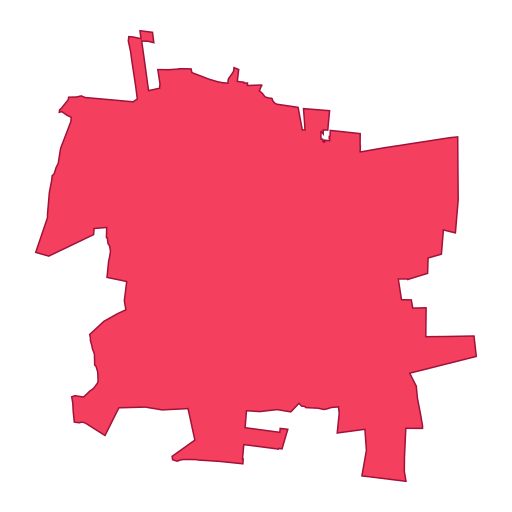 outline of Cansahcab, Yucatán, Mexico
{"feature_id": "50627088B59546210151388", "entity_name": "Cansahcab", "entity_type": "district", "adm_level": 2, "iso_a3": "MEX", "parent_name": "Mexico", "parent_adm1": "Yucatán", "projection": "equal_earth", "projection_center": [-89.082, 21.167], "detail": "fine", "context": "isolated", "style": "filled", "palette": "rose", "viewbox_px": 512, "rotation_deg": 0, "n_neighbors": 0, "source": "geoboundaries", "source_scale": "gbopen_adm2", "svg_char_len": 3370}
<svg xmlns="http://www.w3.org/2000/svg" viewBox="0 0 512 512"><path d="M234.0,67.6L233.6,71.2L232.0,73.8L228.8,78.2L228.2,79.6L227.9,83.2L222.1,82.6L217.5,81.7L208.8,79.1L191.9,72.6L191.1,68.9L181.6,68.7L179.1,68.8L179.1,69.0L168.9,69.7L157.8,69.6L159.9,83.3L160.0,84.8L159.7,85.6L159.7,88.2L148.6,90.6L147.4,82.4L145.6,68.9L141.7,41.1L147.5,41.2L149.9,41.7L153.8,42.7L153.1,37.1L152.5,32.3L140.0,30.7L140.1,31.7L140.4,34.1L141.0,38.7L133.3,37.0L128.8,36.6L128.3,41.0L129.3,45.5L130.7,52.2L131.4,57.9L135.7,86.4L137.3,99.0L133.1,101.8L120.0,100.6L104.2,99.2L85.1,97.5L81.3,95.9L76.4,97.0L68.6,97.2L68.2,99.8L67.1,101.1L61.2,108.5L59.6,109.8L59.3,112.3L61.9,111.7L66.9,115.2L71.2,117.3L70.9,121.5L68.9,126.7L60.6,148.3L58.2,163.4L56.2,167.3L54.0,174.1L52.2,175.6L51.7,180.3L49.4,192.0L47.5,214.1L47.5,217.6L35.7,252.4L48.8,256.1L93.6,234.6L94.1,228.5L106.7,227.5L106.4,237.6L107.4,238.0L107.5,239.8L108.1,243.8L109.5,245.8L110.5,251.2L109.3,258.6L109.0,259.2L108.6,261.5L107.8,269.3L107.0,277.4L125.3,281.2L126.7,281.6L124.3,300.8L125.9,309.8L117.7,313.6L117.0,314.0L115.0,315.1L103.9,321.3L89.7,334.5L90.4,338.1L90.4,340.5L90.8,342.0L91.4,344.1L91.8,345.4L92.1,346.9L92.4,348.7L94.1,353.1L94.4,354.1L94.7,365.2L96.0,366.3L97.7,372.0L98.1,380.9L97.5,383.1L93.6,388.4L90.1,390.8L83.6,397.0L74.8,395.7L71.7,396.8L72.8,403.4L73.2,411.4L74.3,422.1L79.4,422.8L81.8,422.1L85.1,422.9L105.0,435.5L118.9,407.8L145.3,407.1L162.1,409.9L188.0,408.6L190.5,419.8L192.4,428.8L194.9,440.1L192.0,442.1L186.6,446.0L181.4,449.7L178.9,451.5L172.1,456.3L172.6,459.7L176.7,461.1L177.9,461.0L180.7,459.8L180.9,459.9L183.6,459.5L189.4,459.5L195.6,459.6L199.3,460.1L212.0,460.9L218.0,461.3L219.8,461.4L242.9,463.8L243.2,459.0L242.5,459.0L243.8,444.6L269.4,447.9L278.4,449.1L278.5,448.4L282.0,448.9L287.8,429.3L280.2,428.4L279.8,432.3L276.6,431.9L245.1,427.7L246.5,410.7L259.7,411.6L277.1,409.6L290.8,411.9L299.0,403.3L301.7,406.2L304.5,406.3L305.8,407.6L317.9,408.2L324.0,409.5L327.0,408.9L331.3,407.5L338.5,406.9L339.2,413.5L337.2,433.0L364.9,429.3L366.4,450.4L361.9,475.9L406.0,481.3L404.3,471.1L404.5,456.6L405.8,428.3L422.5,428.4L422.6,426.3L420.7,415.1L417.4,398.0L416.3,386.2L409.7,373.2L476.3,356.4L474.0,336.0L446.2,336.5L425.8,336.7L426.1,307.8L412.7,308.1L412.6,307.3L411.3,299.9L401.5,299.7L401.4,299.0L398.3,279.0L407.7,279.0L407.8,279.5L427.6,273.3L428.1,258.0L441.4,254.2L443.4,229.9L448.4,231.2L455.4,232.9L458.2,199.8L458.0,178.4L457.7,136.9L450.5,137.6L443.8,138.6L425.9,141.4L410.1,143.8L406.4,144.4L403.2,144.9L398.0,145.7L393.2,146.4L390.2,146.9L384.0,147.8L360.5,151.9L360.1,151.8L360.4,146.0L360.1,145.9L360.2,133.6L349.9,132.5L341.8,131.6L330.3,130.4L330.0,136.5L329.4,136.4L329.4,137.0L329.2,137.0L329.2,138.6L329.7,138.7L329.6,140.7L324.9,140.2L324.8,142.0L323.6,142.1L323.7,140.5L322.9,141.0L322.7,139.2L321.0,139.1L320.9,131.8L321.1,131.5L323.2,134.0L323.3,130.0L327.8,130.1L328.2,125.6L328.3,124.4L329.0,116.8L329.6,110.7L320.8,110.0L303.5,108.6L304.5,122.2L305.0,130.0L302.3,129.8L298.1,107.4L291.9,106.4L277.4,104.3L276.3,104.0L275.0,103.3L274.1,102.5L272.7,100.6L272.1,98.6L271.7,98.3L270.8,98.2L269.7,98.2L267.9,97.8L265.7,97.1L265.2,96.9L264.1,95.7L262.5,93.5L260.9,92.1L260.3,91.5L259.3,90.9L261.3,86.1L261.8,85.3L261.2,85.0L247.4,85.5L247.5,83.0L243.8,83.0L243.8,82.2L237.3,81.4L238.7,69.5L234.0,67.6Z" fill="#f43f5e" stroke="#9f1239" stroke-width="1.5"/></svg>